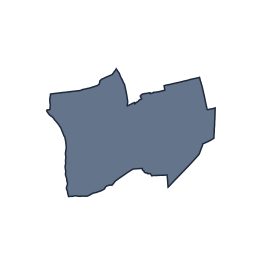 the district of Verbita, Dolj, Romania, rotated 146°
{"feature_id": "2599482B41750361793575", "entity_name": "Verbita", "entity_type": "district", "adm_level": 2, "iso_a3": "ROU", "parent_name": "Romania", "parent_adm1": "Dolj", "projection": "natural_earth1", "projection_center": [23.176, 44.286], "detail": "fine", "context": "isolated", "style": "filled", "palette": "slate", "viewbox_px": 256, "rotation_deg": 146, "n_neighbors": 0, "source": "geoboundaries", "source_scale": "gbopen_adm2", "svg_char_len": 5645}
<svg xmlns="http://www.w3.org/2000/svg" viewBox="0 0 256 256"><g transform="rotate(146 128 128)"><path d="M215.6,104.4L215.3,104.2L214.3,103.7L213.4,103.2L212.5,102.5L210.6,101.7L209.6,101.3L209.1,101.1L208.7,100.6L208.2,99.9L207.9,99.7L206.7,98.7L205.6,98.0L203.4,96.7L202.4,96.0L201.9,95.6L201.5,95.3L200.6,94.7L200.1,94.4L199.9,94.3L197.4,93.8L194.5,93.7L194.0,93.5L193.6,93.5L192.2,93.1L190.7,92.4L190.1,92.2L189.2,92.0L188.6,91.9L185.5,91.0L183.7,90.8L182.7,90.7L182.3,90.7L181.5,90.7L181.4,90.7L181.0,90.9L180.2,91.5L179.4,91.7L178.5,91.8L178.3,91.9L176.7,91.4L175.2,90.9L174.6,90.6L174.4,90.5L174.1,90.3L173.8,90.0L173.4,89.5L172.7,89.7L171.9,89.9L171.0,90.2L170.7,90.2L170.2,90.5L169.5,90.7L169.2,90.8L168.0,91.1L167.6,91.1L166.7,91.1L166.2,91.2L161.3,91.3L161.0,91.3L160.6,91.2L159.9,91.3L157.5,91.3L154.0,91.4L152.2,91.4L150.9,91.3L147.7,91.2L146.7,91.1L146.3,90.9L142.3,88.6L140.8,87.7L138.8,86.5L138.8,86.4L139.0,86.0L139.3,85.6L139.4,85.2L139.4,84.8L139.3,84.5L139.1,84.0L139.0,83.7L138.9,83.4L138.8,83.2L139.2,82.7L139.1,82.4L138.9,81.6L138.8,81.3L138.6,81.2L138.3,81.0L138.1,80.9L138.0,80.5L137.5,80.3L137.3,80.2L137.3,79.9L137.3,79.6L137.2,79.4L137.3,79.3L136.6,78.6L136.4,78.6L135.5,78.0L135.3,77.8L135.1,77.7L135.1,77.2L135.0,76.8L135.0,76.5L135.0,76.1L135.1,75.6L135.1,75.3L135.1,75.1L134.9,74.9L133.9,74.7L133.7,74.5L133.1,74.2L132.3,73.6L132.0,73.3L131.7,73.2L131.3,72.9L127.9,70.9L126.7,70.1L125.9,69.6L125.4,69.2L122.0,67.3L121.9,67.2L123.0,65.1L124.6,62.2L124.6,61.9L124.7,61.7L125.1,61.4L125.2,61.2L125.6,60.5L126.2,59.5L126.4,59.1L127.5,57.2L127.9,56.5L127.7,56.5L123.7,57.4L118.8,58.5L99.1,62.7L89.0,65.1L84.0,66.4L83.1,66.9L77.9,70.6L75.6,72.2L75.1,72.8L75.0,73.0L74.9,73.1L73.3,72.7L69.3,72.0L67.2,71.7L65.5,71.6L62.5,71.5L60.5,74.3L59.3,75.8L58.4,76.9L57.5,78.3L56.1,80.1L54.8,81.7L51.9,85.8L51.0,86.8L49.7,88.7L47.5,91.7L45.4,94.7L44.5,95.9L45.7,96.3L46.4,96.5L46.8,96.6L48.2,97.2L48.7,97.4L49.2,97.7L49.4,97.8L49.9,98.0L50.6,98.2L51.0,98.3L51.5,98.6L51.9,98.8L52.0,99.0L52.0,99.3L51.7,100.0L51.2,101.1L49.7,105.0L49.5,105.5L46.6,112.5L46.3,113.5L45.7,114.9L44.5,118.0L44.4,118.2L44.4,118.5L44.1,119.0L43.1,121.6L43.0,122.0L42.8,122.7L42.5,123.7L41.8,125.7L41.7,126.3L41.6,126.9L41.5,127.1L41.4,127.2L40.5,129.7L40.4,130.0L41.4,130.3L42.0,130.5L44.4,131.5L46.3,132.2L47.2,132.6L48.4,133.1L50.1,133.7L51.1,133.9L55.7,135.7L57.2,136.2L59.6,137.1L60.3,137.4L62.9,138.4L64.6,139.1L68.4,140.5L72.6,142.3L74.4,142.9L74.9,141.9L75.6,140.3L76.0,139.6L76.4,138.7L76.7,138.8L80.0,140.1L81.2,140.5L83.4,141.4L83.9,141.7L84.6,142.0L85.4,142.4L86.2,142.7L86.4,142.9L86.5,143.1L86.7,143.3L87.1,143.2L88.6,143.4L89.1,143.6L89.8,143.9L90.1,143.9L90.1,144.1L90.0,144.9L91.0,145.4L92.1,145.8L93.3,146.4L94.1,146.7L94.8,147.2L95.2,147.4L95.8,147.5L96.4,147.7L96.9,148.0L98.1,148.1L98.3,148.1L99.0,147.9L99.6,147.8L99.8,147.7L99.7,147.3L99.7,147.2L99.8,147.1L100.0,147.0L99.9,146.9L100.1,146.5L100.3,145.6L100.3,145.1L100.4,144.5L100.6,144.5L100.9,144.6L101.2,144.6L101.4,144.6L101.7,144.7L102.4,144.8L103.0,144.8L104.0,144.6L104.6,144.5L105.3,144.4L107.4,144.6L108.0,144.3L108.9,144.3L108.5,145.5L109.1,145.6L110.4,145.9L112.2,146.1L113.4,146.2L113.9,146.3L114.8,146.5L115.2,146.6L115.5,146.7L115.8,146.7L116.1,146.7L115.8,147.5L115.5,147.9L114.9,148.3L114.7,148.5L114.4,149.0L113.9,149.5L113.5,150.0L112.9,151.2L111.7,153.8L110.1,157.2L108.4,161.4L107.1,164.6L106.7,165.6L106.5,166.6L106.4,168.2L106.3,168.8L105.9,170.6L105.7,172.6L105.7,173.1L105.5,174.8L104.7,178.2L104.7,178.3L104.7,180.3L104.7,181.3L104.7,183.6L105.8,183.0L106.8,182.7L108.2,182.3L109.1,181.9L110.0,181.6L111.3,181.1L113.0,181.5L115.4,181.9L117.5,182.3L117.8,182.4L118.2,182.5L120.1,182.7L122.9,183.2L123.2,183.1L124.1,182.9L124.9,182.8L125.2,182.6L125.6,182.0L127.0,180.8L127.4,180.6L128.0,180.4L128.5,180.3L129.1,180.4L129.8,180.4L130.6,180.6L133.0,181.3L133.4,181.4L134.3,181.7L136.9,182.4L137.8,182.7L139.4,183.4L141.0,184.0L141.3,184.0L141.8,184.2L142.2,184.4L142.5,184.6L143.2,185.0L143.4,185.0L143.8,185.1L144.2,185.3L145.0,185.5L146.0,185.6L146.6,185.8L147.5,186.2L154.5,189.9L156.5,190.9L159.7,192.5L161.6,193.6L166.2,195.9L169.2,197.5L172.8,199.3L173.2,199.5L174.1,198.5L174.6,197.9L176.1,196.4L176.3,196.2L177.4,194.6L178.6,192.6L179.3,191.0L180.4,189.5L182.1,187.4L182.5,187.0L184.1,187.7L184.6,188.0L184.9,188.2L185.2,188.2L185.8,187.7L185.9,186.4L185.9,184.7L185.8,183.5L185.6,182.1L185.3,181.2L184.9,180.6L184.5,179.2L184.3,178.1L184.3,175.8L184.0,174.0L183.7,171.1L183.7,170.6L183.6,169.8L183.6,169.3L183.7,168.2L183.7,167.6L183.6,167.0L183.6,166.4L183.6,165.9L183.9,164.4L184.1,163.5L184.5,161.9L184.6,161.0L185.1,158.8L185.5,157.2L185.5,156.9L185.4,156.6L185.3,156.4L185.4,156.1L185.7,155.2L185.9,154.8L186.0,154.3L186.3,153.9L186.6,153.1L187.2,151.6L187.6,150.9L188.4,149.4L189.1,148.2L190.0,146.4L190.4,145.9L191.0,145.3L191.9,144.4L192.4,143.9L193.0,143.1L193.4,142.8L193.6,142.4L193.8,142.2L194.3,141.6L194.5,141.4L194.7,140.9L195.2,139.6L196.4,137.7L196.6,137.5L197.1,137.1L198.0,136.0L198.3,135.5L198.7,134.8L198.9,134.4L199.6,133.4L200.5,132.4L200.9,132.1L201.1,131.9L201.8,131.1L202.2,130.4L203.7,127.2L204.2,126.4L204.6,126.0L205.1,125.4L205.6,124.8L205.8,124.5L205.9,124.1L206.2,123.7L206.4,122.7L206.7,121.9L206.8,121.4L206.9,120.9L207.0,120.7L207.1,120.4L208.3,118.4L208.6,117.2L208.7,116.8L208.8,116.5L209.1,116.0L209.3,115.7L210.1,114.8L210.7,114.3L212.0,113.4L212.3,113.1L212.9,112.1L213.2,111.5L213.3,111.3L213.2,110.9L213.4,109.9L213.5,109.6L213.9,108.7L214.3,108.0L214.4,107.8L214.3,107.7L214.6,107.2L214.8,106.8L214.9,106.2L215.1,105.8L215.5,104.6L215.6,104.4Z" fill="#64748b" stroke="#1e293b" stroke-width="1.5"/></g></svg>